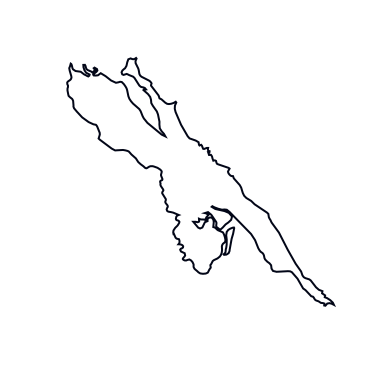 map outline of Sucre (Albers equal-area conic projection), rotated 53°
{"feature_id": "VEN-49", "entity_name": "Sucre", "entity_type": "State", "adm_level": 1, "iso_a3": "VEN", "parent_name": "Venezuela", "parent_adm1": "", "projection": "albers", "projection_center": [-63.33, 10.402], "detail": "fine", "context": "isolated", "style": "outline", "palette": "ink", "viewbox_px": 384, "rotation_deg": 53, "n_neighbors": 0, "source": "natural_earth", "source_scale": "10m", "svg_char_len": 6024}
<svg xmlns="http://www.w3.org/2000/svg" viewBox="0 0 384 384"><g transform="rotate(53 192 192)"><path d="M16.5,211.6L17.1,211.4L18.4,211.7L21.3,213.0L22.4,213.2L25.3,212.2L29.0,208.5L33.1,207.4L35.5,206.2L36.3,205.9L37.3,205.3L37.3,204.0L36.6,203.1L33.0,204.8L30.0,204.6L27.1,203.6L25.1,202.3L26.0,201.0L27.3,201.2L28.9,201.9L30.5,202.3L32.1,201.8L34.9,200.1L36.8,199.6L36.4,197.9L36.5,197.2L36.8,196.0L34.0,196.0L34.0,195.0L36.7,193.9L38.1,194.5L38.5,196.1L38.5,198.2L38.9,200.3L39.8,200.3L41.0,198.9L42.2,196.9L42.2,193.4L47.5,191.3L54.3,189.5L59.0,187.0L60.1,184.8L60.7,183.1L61.9,181.9L64.9,181.5L67.8,181.6L69.9,181.9L71.6,182.5L77.3,185.2L79.8,185.9L82.8,186.1L85.9,185.9L94.0,184.2L96.6,184.4L101.7,185.8L104.3,186.2L110.0,186.0L127.9,181.7L131.6,179.8L128.6,179.4L125.2,179.7L121.8,179.4L118.6,177.5L116.3,175.7L109.6,172.5L106.5,171.6L99.6,171.4L96.5,171.0L93.6,169.2L90.9,168.2L87.4,168.2L80.6,169.6L81.3,169.0L82.4,167.0L80.5,167.1L79.2,167.9L78.1,168.9L77.1,169.6L75.3,170.0L66.3,169.3L64.5,169.6L60.5,172.0L59.6,172.4L58.4,173.1L57.3,176.2L56.0,176.9L54.0,176.2L53.1,174.5L52.9,172.5L52.9,171.0L51.8,168.4L49.4,165.6L47.7,163.0L48.4,160.6L49.8,159.8L50.7,158.9L51.2,157.7L51.3,156.0L52.1,156.0L53.4,158.3L55.2,159.5L61.0,160.6L62.6,161.2L66.1,163.0L67.7,163.3L69.5,163.0L77.1,159.3L78.4,158.9L80.2,158.8L81.0,159.0L81.8,160.2L82.4,160.7L94.8,160.6L97.7,161.6L99.6,160.6L104.6,159.6L106.6,158.8L107.9,157.5L109.0,155.5L109.8,153.2L110.1,150.7L111.1,150.7L112.7,153.6L115.2,155.7L118.3,157.0L131.8,160.3L144.9,161.9L147.7,161.7L153.1,158.1L156.2,156.8L158.5,158.0L159.4,158.0L159.8,156.3L161.0,156.2L162.6,156.7L164.2,157.1L164.9,156.5L165.7,153.7L166.5,152.6L167.3,153.5L168.2,154.0L169.1,154.0L170.0,153.4L170.9,154.3L170.0,155.2L172.7,156.1L173.8,154.5L175.6,154.6L177.7,155.5L179.8,156.1L179.9,155.6L180.5,154.7L181.6,154.1L183.0,154.7L184.3,155.1L185.6,154.5L194.7,148.3L195.9,147.9L196.3,148.6L196.7,149.8L197.5,151.1L199.1,151.6L200.6,151.6L201.9,151.4L203.0,150.9L204.0,149.7L206.3,150.4L215.2,149.7L218.1,150.1L223.3,152.0L226.4,152.6L229.5,152.2L234.8,150.1L239.5,149.4L253.6,144.5L255.4,144.2L258.4,145.8L259.9,146.1L261.5,146.2L264.2,146.8L276.8,147.0L295.7,150.3L311.7,152.4L321.1,152.7L325.2,154.0L327.3,154.0L329.0,153.3L332.4,150.9L334.1,150.4L342.7,150.3L346.5,149.5L349.7,147.5L351.2,149.1L354.7,147.9L355.9,149.3L358.0,148.0L361.5,146.7L365.1,146.1L367.5,146.6L365.4,147.6L363.5,149.1L362.5,151.1L363.1,153.9L362.2,154.7L360.8,153.4L359.6,154.2L358.1,155.8L355.5,156.7L353.4,158.1L352.4,158.5L350.8,158.5L349.6,158.3L348.4,158.4L347.0,159.5L338.7,160.4L335.9,161.3L324.7,159.9L316.2,160.5L314.5,161.3L313.0,163.0L306.6,172.5L303.8,174.8L301.1,174.6L298.1,172.9L295.6,173.0L293.0,173.8L289.9,174.2L288.4,173.9L285.9,172.7L284.5,172.4L283.3,172.4L281.1,173.1L279.5,173.2L276.8,172.9L268.4,170.6L261.1,170.1L230.6,174.0L227.1,174.9L225.5,176.6L224.2,178.7L221.1,181.2L217.8,183.3L215.6,184.3L215.7,185.2L219.6,183.6L226.8,177.5L230.9,175.1L235.7,174.8L237.8,177.5L238.2,181.3L238.1,184.7L238.9,188.9L239.1,191.4L238.5,192.5L237.4,192.7L235.4,193.3L234.5,193.4L233.4,192.9L231.5,191.1L230.4,190.7L221.8,190.3L217.7,191.3L216.6,194.4L217.4,193.7L220.2,192.5L220.9,195.8L221.6,197.1L222.8,198.0L221.3,198.9L219.2,201.5L217.5,202.5L219.9,204.1L219.6,205.6L218.0,207.0L216.6,208.9L224.2,208.5L226.0,207.5L226.6,205.1L223.9,199.9L224.6,197.1L223.1,196.1L222.7,194.5L223.2,192.8L224.6,191.6L226.9,191.6L229.1,192.7L232.8,196.1L234.0,195.2L235.3,194.8L236.6,194.7L238.1,194.3L242.1,192.0L243.0,191.6L245.2,192.0L247.8,192.9L250.1,194.0L251.5,195.1L251.9,196.2L252.0,198.5L252.5,199.7L253.3,200.8L256.4,202.9L258.2,204.6L259.5,206.4L260.3,208.6L260.4,211.6L259.6,215.5L259.6,217.0L261.1,220.0L261.3,221.1L261.8,221.6L262.7,222.0L263.7,222.6L264.4,224.9L265.6,227.2L265.9,228.0L265.4,230.1L263.9,232.5L262.0,234.4L260.0,235.2L258.6,235.4L256.0,236.0L254.7,236.2L253.0,235.9L252.0,235.3L251.4,234.7L250.7,234.3L248.5,233.8L246.2,233.9L244.3,234.7L243.5,236.6L243.2,237.8L242.5,238.8L241.4,239.5L240.3,239.8L239.6,239.3L239.0,236.7L238.6,235.7L236.5,234.7L232.9,236.6L231.0,236.2L230.6,235.2L230.9,233.9L230.9,232.6L230.0,231.7L228.7,231.7L227.5,232.3L226.4,233.3L225.6,234.3L225.2,232.9L224.4,232.0L223.3,231.3L221.9,230.8L219.9,232.4L218.5,232.6L214.8,231.7L215.4,232.5L213.1,231.4L211.9,230.3L211.4,229.5L210.5,226.9L210.2,224.3L210.0,223.4L209.2,221.4L208.8,220.6L208.2,220.0L207.0,220.0L206.3,220.4L205.2,221.2L204.5,221.3L203.7,221.0L202.9,220.1L202.3,219.4L202.1,218.6L201.9,218.1L202.4,216.4L197.2,219.4L195.5,220.8L193.6,222.6L192.9,223.0L192.0,223.2L190.6,222.7L189.6,221.1L189.3,220.3L188.9,220.0L188.3,219.7L187.4,219.6L185.2,219.7L184.2,219.5L183.6,219.1L182.9,218.0L182.4,217.5L181.9,217.2L175.2,216.6L174.6,216.2L174.2,215.7L173.7,214.3L173.4,213.8L172.5,213.5L168.6,213.3L167.5,213.0L166.7,212.5L166.3,212.0L165.0,211.5L164.5,211.2L164.2,210.7L164.2,210.1L164.5,208.8L164.3,208.2L163.8,207.8L160.9,207.0L160.2,206.8L159.6,206.4L159.2,205.9L158.0,204.4L157.5,203.9L156.6,203.7L154.9,203.9L151.9,205.0L148.7,207.1L147.6,208.0L146.4,209.7L146.2,210.3L146.0,211.1L145.8,213.6L145.5,214.3L144.6,214.9L142.3,215.3L138.9,216.3L135.7,216.9L131.4,216.6L125.5,217.8L122.7,218.0L121.7,218.1L120.5,218.7L118.6,220.2L116.9,221.8L112.5,228.4L109.0,230.0L94.9,234.1L93.1,234.4L90.7,231.1L89.2,230.1L83.0,228.4L81.6,228.2L80.5,228.3L78.6,230.0L73.9,232.5L66.3,234.8L58.4,235.6L54.2,235.8L52.5,235.3L51.5,234.5L47.7,232.1L46.5,231.8L45.5,231.7L42.9,232.4L41.0,232.7L39.8,232.2L36.1,230.4L35.0,229.6L34.2,228.9L33.9,228.3L33.3,227.7L32.4,227.0L30.9,226.7L30.1,226.2L29.5,225.8L29.2,225.1L29.1,224.4L29.2,221.8L29.0,220.8L28.2,219.5L26.9,218.7L21.6,216.7L19.2,215.5L18.2,213.8L16.5,211.6ZM260.8,196.7L261.7,197.5L262.9,199.6L262.7,202.1L261.5,204.2L260.8,204.2L260.7,202.7L260.2,201.4L258.1,199.5L257.2,198.3L254.9,196.0L250.9,192.9L247.1,190.7L244.8,188.3L244.1,185.9L244.3,183.5L245.0,181.0L245.6,179.9L246.2,180.0L250.1,184.3L253.3,188.6L260.8,196.7Z" fill="none" stroke="#020617" stroke-width="2"/></g></svg>